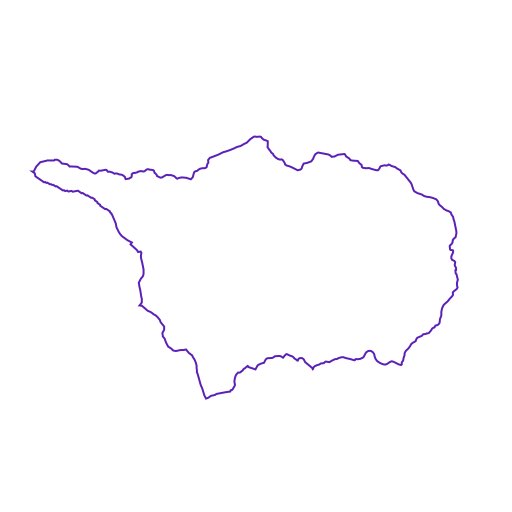 Sakteng, Tashigang, Bhutan (Mercator projection), rotated 168°
{"feature_id": "84629894B26708825657570", "entity_name": "Sakteng", "entity_type": "district", "adm_level": 2, "iso_a3": "BTN", "parent_name": "Bhutan", "parent_adm1": "Tashigang", "projection": "mercator", "projection_center": [91.93, 27.381], "detail": "fine", "context": "isolated", "style": "outline", "palette": "violet", "viewbox_px": 512, "rotation_deg": 168, "n_neighbors": 0, "source": "geoboundaries", "source_scale": "gbopen_adm2", "svg_char_len": 6081}
<svg xmlns="http://www.w3.org/2000/svg" viewBox="0 0 512 512"><g transform="rotate(168 256 256)"><path d="M457.2,385.1L455.2,382.9L455.2,379.8L448.0,372.2L446.9,372.2L445.9,371.1L444.8,371.1L442.7,369.0L441.7,368.9L440.6,367.9L439.6,367.8L437.5,365.7L436.5,365.7L431.3,360.3L430.2,360.3L429.2,359.2L427.1,359.2L426.1,358.1L422.9,358.0L421.9,357.0L416.6,356.9L413.5,353.6L412.4,353.6L409.3,350.4L408.3,350.4L405.1,347.2L404.1,347.1L402.0,345.0L402.0,343.9L400.0,341.8L400.0,340.7L397.9,338.6L397.9,337.5L393.8,333.2L392.7,333.2L389.6,330.0L389.6,328.9L388.6,327.8L388.6,326.8L388.2,326.3L386.4,317.1L386.5,313.1L385.2,308.0L384.3,305.6L383.1,303.4L378.5,298.2L374.6,295.0L376.3,293.5L371.2,286.5L370.5,284.4L367.9,284.3L367.5,282.8L368.4,280.6L368.9,278.3L368.7,273.0L368.8,266.1L369.7,261.9L370.6,260.1L371.5,259.1L373.2,257.9L376.2,254.2L376.4,250.0L376.3,246.7L376.7,240.2L376.6,237.7L377.4,234.2L380.2,231.8L377.9,231.0L373.4,225.0L371.1,223.4L369.9,222.3L368.1,220.1L366.4,218.7L364.9,216.5L363.3,213.3L363.1,211.2L360.5,206.1L361.2,202.9L363.6,200.1L363.8,196.6L362.6,194.3L362.0,190.1L360.8,185.7L357.9,182.8L357.6,182.1L356.7,180.8L354.1,179.7L349.5,179.7L346.4,179.1L343.9,179.1L341.8,175.1L339.0,171.9L338.9,170.7L337.7,167.6L337.1,164.6L336.9,161.2L337.4,158.8L337.6,156.0L338.0,154.8L337.6,152.6L336.9,141.5L336.1,137.4L335.5,130.4L334.5,126.9L332.1,127.3L329.0,128.6L325.2,128.6L323.2,129.3L314.5,129.1L309.3,128.8L308.7,129.9L306.9,130.1L303.8,133.5L303.3,134.7L303.3,137.6L302.9,138.7L302.1,140.8L301.0,142.8L299.9,144.2L297.8,145.7L296.3,145.4L295.3,145.5L294.2,146.3L292.9,146.7L291.7,148.0L290.2,148.5L287.1,150.2L286.6,149.7L286.7,149.3L286.4,148.9L280.1,145.2L277.4,148.4L276.4,149.0L273.5,149.7L270.4,149.9L267.9,152.9L266.6,153.5L265.9,153.6L261.3,152.9L259.8,153.3L258.5,154.0L254.1,153.4L253.4,153.2L252.3,152.5L250.7,150.9L250.3,151.1L249.1,152.3L246.8,153.7L246.2,153.6L243.8,151.7L241.3,150.2L240.8,149.7L239.7,147.8L237.9,146.0L237.6,145.4L236.9,145.0L236.0,146.3L234.9,146.9L234.4,147.0L232.5,146.7L232.0,146.3L231.2,145.6L230.6,144.4L230.0,142.0L224.3,134.8L224.0,133.5L223.6,133.7L223.3,134.5L222.7,135.2L221.7,135.9L219.3,136.5L216.6,136.7L215.0,137.4L212.0,137.1L210.1,138.2L209.6,138.2L206.3,136.9L203.7,137.8L200.1,138.7L198.4,138.4L196.3,139.0L193.6,139.2L191.7,138.9L189.2,137.4L185.2,135.6L181.6,133.6L180.9,133.6L180.3,134.3L179.7,134.4L178.0,133.9L175.5,133.7L172.2,134.5L171.7,134.9L169.0,138.1L168.0,139.0L166.1,139.7L165.2,139.7L163.8,139.4L163.1,139.1L161.5,137.3L160.8,135.3L160.8,132.6L160.4,130.4L159.4,128.1L157.0,125.6L154.1,123.6L152.1,122.9L150.1,123.2L147.0,124.5L145.1,124.8L143.4,123.9L139.2,120.5L136.9,119.2L136.1,119.5L135.8,120.3L135.6,121.4L135.0,122.2L134.0,122.9L133.7,123.4L132.8,125.7L131.4,127.9L130.8,130.1L130.1,131.0L129.1,132.1L126.3,133.8L124.0,135.8L122.7,137.4L121.0,138.4L117.6,139.5L116.4,141.4L115.2,142.5L110.5,143.4L108.7,144.7L106.3,144.4L105.2,144.8L104.6,144.6L103.0,144.7L100.5,146.6L98.6,148.5L97.2,149.0L96.3,149.0L95.0,150.6L92.5,150.8L91.1,151.7L90.3,152.5L89.2,156.0L87.2,159.0L86.3,162.9L85.0,165.9L83.0,168.7L81.5,169.8L77.9,171.8L75.4,173.9L72.2,176.1L71.4,177.0L71.1,179.4L70.1,180.2L66.5,182.0L65.4,183.3L65.5,185.6L65.3,186.6L65.0,188.0L63.5,190.9L63.7,196.5L64.3,197.4L64.0,200.3L63.8,200.8L63.2,200.8L62.9,202.1L62.9,203.3L63.5,205.1L63.5,205.8L62.4,208.6L63.0,209.9L65.1,211.6L65.4,213.1L65.0,215.0L64.0,216.5L62.8,218.0L62.1,219.8L62.3,220.7L64.5,221.5L64.8,222.4L64.6,224.4L64.3,225.8L62.2,227.1L61.2,228.1L60.9,228.5L60.7,229.4L60.2,230.2L60.2,230.7L59.1,231.7L56.9,232.9L55.3,236.4L54.9,238.3L54.8,248.5L55.1,250.9L55.1,253.3L56.2,256.0L56.5,258.2L58.4,259.9L60.0,260.8L62.7,263.2L63.3,264.5L66.1,268.1L66.6,269.6L66.6,271.4L67.8,273.9L70.8,275.9L73.2,277.2L77.1,278.6L79.2,279.8L81.1,281.7L85.1,284.0L87.5,286.2L87.9,286.8L88.3,288.5L88.9,293.9L89.5,295.8L93.9,304.6L95.2,305.8L96.4,307.4L96.9,309.7L100.0,312.4L101.3,314.0L104.8,315.9L106.0,317.1L107.3,317.9L108.2,317.4L109.4,317.3L111.4,318.0L115.1,317.9L115.9,317.5L117.2,315.8L118.8,314.5L120.5,314.9L125.0,317.2L127.0,318.5L130.3,319.0L133.2,320.1L133.9,321.0L133.8,323.1L135.6,325.3L136.7,327.8L141.6,329.2L143.7,330.1L144.5,332.0L147.2,334.7L147.7,336.6L148.3,337.4L154.9,338.0L158.5,337.0L161.4,337.3L162.3,338.7L164.0,340.2L173.5,344.2L174.4,344.2L177.0,343.1L178.9,340.8L179.8,339.3L182.2,337.1L186.8,336.4L190.2,336.5L192.4,333.6L193.0,332.3L194.4,331.3L197.4,331.2L202.4,335.2L204.5,336.7L207.3,338.2L208.5,339.5L208.5,340.7L209.8,344.2L210.9,345.2L212.5,345.3L214.3,346.3L216.2,348.2L217.8,350.7L218.1,352.3L219.5,353.9L220.3,356.1L221.0,357.3L222.1,360.2L221.6,361.5L220.6,365.8L221.7,366.7L224.2,368.1L225.8,370.2L226.2,371.3L227.3,372.0L230.7,372.4L232.2,373.1L233.4,373.1L237.2,371.5L241.6,368.7L244.3,368.1L248.2,366.8L252.2,366.6L254.6,365.9L259.7,365.0L263.6,364.5L266.3,364.4L271.7,363.0L279.1,361.8L280.6,361.7L282.9,359.8L283.2,357.2L284.5,356.0L285.9,353.1L287.7,352.5L290.2,353.0L292.5,353.0L294.3,352.4L295.9,351.5L298.0,351.4L299.2,350.6L301.5,346.2L303.8,344.6L308.0,347.0L312.2,348.3L314.9,348.4L317.0,348.0L317.7,348.6L318.3,349.6L319.5,351.2L322.5,352.9L324.4,353.2L326.3,353.9L327.5,353.8L331.5,352.4L333.2,352.5L336.1,354.7L336.3,355.9L336.9,357.1L337.4,357.9L337.9,358.3L338.2,360.8L338.4,361.1L340.0,361.9L342.1,362.6L343.6,363.4L345.1,363.3L347.0,362.3L348.2,362.0L349.1,362.2L350.5,362.9L351.7,363.0L353.8,363.0L354.5,362.6L357.3,362.4L358.3,362.7L359.4,362.5L360.6,361.8L360.8,360.3L361.6,358.9L363.3,358.5L364.1,358.1L367.5,358.3L367.7,359.0L367.7,360.4L369.0,362.2L370.4,363.4L372.9,364.3L374.6,365.5L375.9,365.9L377.3,365.9L379.0,367.5L382.1,369.1L383.2,369.1L383.5,369.4L384.3,371.2L385.0,371.6L390.3,371.7L391.9,372.2L392.8,371.5L395.6,370.1L396.3,370.1L397.4,370.7L398.8,372.0L401.6,375.0L404.7,376.7L408.1,377.2L409.7,378.2L412.1,380.4L418.1,382.0L419.8,382.3L420.6,383.8L421.9,385.2L426.6,386.8L428.3,389.6L429.6,390.9L430.3,391.4L431.3,391.7L432.7,392.0L433.6,391.4L439.9,392.8L447.5,392.6L452.4,389.1L455.9,384.8L457.2,385.1Z" fill="none" stroke="#5b21b6" stroke-width="2"/></g></svg>